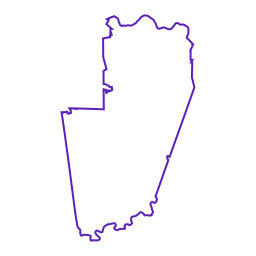 outline of Miguel Alemán, Tamaulipas, Mexico
{"feature_id": "50627088B85594866218636", "entity_name": "Miguel Alemán", "entity_type": "district", "adm_level": 2, "iso_a3": "MEX", "parent_name": "Mexico", "parent_adm1": "Tamaulipas", "projection": "natural_earth1", "projection_center": [-99.092, 26.233], "detail": "fine", "context": "isolated", "style": "outline", "palette": "violet", "viewbox_px": 256, "rotation_deg": 0, "n_neighbors": 0, "source": "geoboundaries", "source_scale": "gbopen_adm2", "svg_char_len": 5670}
<svg xmlns="http://www.w3.org/2000/svg" viewBox="0 0 256 256"><path d="M77.5,226.6L79.2,228.9L79.6,229.2L79.9,229.4L80.1,229.6L80.2,229.8L80.3,230.7L80.3,232.8L80.3,233.1L80.3,233.6L80.5,234.4L80.9,235.1L80.9,235.3L81.1,235.5L81.5,235.6L81.9,235.6L82.1,235.6L82.3,235.5L82.8,235.1L83.2,234.9L84.0,234.8L84.4,234.8L84.8,234.8L87.3,234.9L87.6,235.0L88.0,235.1L89.4,235.4L89.8,235.5L90.2,235.8L90.5,236.0L90.7,236.3L90.8,236.4L90.8,236.6L90.6,237.4L90.4,238.1L90.4,238.8L90.5,239.4L90.7,240.2L90.8,240.4L91.0,240.6L91.4,240.6L92.5,240.3L93.2,240.3L93.8,240.2L96.1,240.4L97.3,240.4L97.9,240.2L98.7,240.0L99.3,239.6L99.7,239.1L99.9,238.7L99.9,238.3L99.8,238.2L99.7,238.0L99.3,237.3L97.5,235.8L96.8,235.1L96.2,234.3L95.7,233.5L95.5,233.3L95.4,232.9L95.4,232.6L95.4,232.4L95.4,232.1L95.5,231.8L95.6,231.5L95.8,231.2L96.3,230.7L96.5,230.6L96.9,230.6L97.6,230.7L97.8,230.7L98.3,230.9L99.1,231.5L99.9,231.9L100.8,232.2L101.5,232.3L101.8,232.3L102.0,232.2L102.4,231.8L102.5,231.3L103.0,229.8L103.4,228.4L103.6,227.9L103.8,227.4L104.3,226.6L104.5,226.4L104.9,226.1L105.5,225.8L107.0,224.8L107.5,224.5L108.2,224.3L108.5,224.2L109.4,224.2L109.8,224.2L110.6,224.0L111.5,223.7L112.1,223.5L112.7,223.4L113.5,223.3L114.0,223.3L114.6,223.3L114.9,223.4L115.1,223.5L115.4,223.9L115.6,224.3L115.9,224.9L115.9,225.1L115.8,225.4L115.8,225.6L115.7,225.8L115.1,226.4L115.0,226.6L114.7,227.1L114.3,228.0L114.2,228.3L114.2,228.5L114.9,229.1L115.4,229.4L115.8,229.7L116.3,229.9L116.7,230.0L117.1,230.1L117.5,230.1L118.1,229.9L119.2,229.3L119.6,229.1L120.3,229.0L120.8,228.9L121.3,228.9L122.3,228.9L122.6,228.9L123.0,228.8L124.3,228.9L124.5,228.8L124.8,228.7L125.0,228.3L125.0,228.1L124.9,227.6L124.8,227.3L124.6,226.7L124.5,226.3L124.6,226.0L124.7,225.7L124.9,225.3L125.3,224.7L125.6,224.5L125.8,224.4L126.0,224.4L126.9,224.3L127.5,224.2L127.8,224.2L128.1,224.3L128.5,224.5L128.9,224.9L129.2,225.0L129.4,225.1L129.7,225.1L130.0,225.0L131.4,224.1L131.6,223.9L131.8,223.7L131.9,223.2L131.9,222.8L131.6,221.8L131.3,220.6L131.1,220.1L131.1,219.8L131.2,218.1L131.3,217.7L131.4,217.4L131.6,217.2L132.0,216.9L132.8,216.6L133.5,216.4L134.6,216.2L135.7,216.0L136.8,215.2L137.2,214.9L138.4,214.0L138.8,213.7L139.2,213.3L139.7,212.7L140.1,212.3L140.3,212.2L140.6,212.1L140.9,212.1L141.2,212.1L141.9,212.8L143.0,213.4L143.2,213.5L143.5,213.8L143.8,214.2L144.0,214.6L144.1,214.9L144.5,215.2L144.9,215.3L145.5,215.4L146.1,215.3L146.8,215.1L147.3,215.1L147.6,215.1L148.7,215.6L149.1,215.6L149.7,215.5L150.1,215.4L150.4,215.3L151.1,215.4L151.5,215.2L151.7,214.7L151.8,214.2L151.9,213.8L152.1,213.6L152.6,213.2L152.8,213.0L152.9,212.8L152.9,212.6L153.0,212.0L152.9,211.5L152.7,211.0L152.2,210.0L151.5,207.0L151.2,206.1L150.4,204.5L150.4,203.9L150.8,203.1L151.5,202.3L152.0,201.9L152.5,202.0L153.0,202.3L153.7,202.6L154.6,202.8L155.3,202.7L155.7,202.5L156.8,200.1L156.9,199.5L156.8,198.8L156.6,198.0L156.2,197.1L155.5,196.6L164.1,172.1L168.4,160.0L168.3,159.9L168.0,159.7L167.7,159.4L167.5,158.7L167.3,158.2L167.3,157.5L167.2,157.1L167.0,156.9L167.2,156.5L167.2,156.3L167.3,156.2L167.9,156.1L168.2,156.2L168.3,156.4L168.9,156.2L169.3,156.5L169.6,156.8L183.8,117.3L194.4,87.4L191.9,77.2L192.2,66.3L192.2,62.5L191.0,62.5L192.4,59.8L190.6,59.8L190.6,59.3L190.6,59.1L190.6,51.0L190.3,50.9L190.5,50.2L193.0,44.7L192.3,44.4L192.6,43.7L191.9,43.0L191.2,42.1L190.5,41.6L189.7,40.8L189.0,40.0L188.2,39.1L187.1,38.3L187.0,38.1L186.9,37.8L186.9,37.0L187.0,36.4L187.2,36.0L187.9,34.8L188.2,34.2L188.3,33.8L188.4,31.4L188.5,29.9L188.4,28.6L188.1,27.8L187.8,27.2L187.3,26.8L184.8,25.2L184.1,24.8L183.2,24.5L182.6,24.5L182.1,24.6L180.9,24.7L180.2,24.6L179.9,24.4L179.1,24.0L178.3,23.4L177.9,23.1L177.5,23.0L176.9,23.1L176.2,23.2L175.7,23.4L175.3,23.8L173.2,26.7L172.5,27.6L171.9,28.2L171.4,28.5L171.0,28.9L170.5,29.1L170.1,29.2L169.7,29.2L168.8,29.2L166.9,28.6L165.8,28.1L165.1,27.7L164.2,27.5L163.4,27.5L162.5,27.7L161.4,28.0L160.1,28.6L159.5,28.7L158.6,28.7L158.0,28.5L157.6,28.2L156.7,26.7L156.5,26.0L155.8,24.0L155.5,23.2L155.1,22.5L154.9,22.2L154.3,21.4L154.1,21.1L153.8,20.3L153.6,20.0L153.3,19.7L152.9,19.4L151.8,18.7L151.3,18.3L150.7,17.9L150.2,17.6L149.4,17.0L149.0,16.7L148.8,16.4L148.5,16.2L147.7,15.9L146.1,15.5L145.5,15.4L144.9,15.4L144.2,15.5L143.6,15.7L143.0,16.0L142.3,16.4L141.3,17.0L140.8,17.4L140.4,17.8L140.0,18.5L139.5,19.2L138.3,20.4L137.8,20.8L136.8,21.9L136.5,22.3L136.1,22.8L135.1,23.5L133.7,24.3L132.1,25.3L131.8,25.4L131.4,25.5L130.3,25.6L128.8,25.3L127.9,25.3L127.1,25.4L125.8,25.8L125.2,25.8L123.0,25.5L122.4,25.8L122.1,26.0L121.9,26.0L121.4,25.7L120.6,25.4L120.1,24.8L119.6,23.7L119.5,23.3L119.2,23.1L119.0,22.7L118.9,22.3L118.7,21.8L118.6,21.1L118.6,20.8L118.3,19.5L118.0,18.9L117.6,18.4L116.5,17.6L115.0,16.7L114.4,16.4L114.2,16.2L111.7,17.1L110.3,17.7L108.7,18.3L106.9,19.2L107.6,19.6L107.8,19.2L108.7,19.9L108.4,20.8L106.4,24.1L111.8,28.8L111.4,28.8L110.4,28.5L110.5,30.2L110.4,32.2L110.7,31.8L110.8,32.5L111.1,32.7L111.7,34.9L110.0,35.6L110.1,37.1L103.1,38.4L103.1,40.3L103.2,45.9L103.2,47.6L103.2,55.3L103.3,57.5L106.5,69.1L103.5,70.9L103.6,82.9L103.6,84.0L105.9,84.3L107.4,85.4L108.6,85.5L109.8,87.2L111.7,86.9L112.3,89.8L110.7,90.4L110.9,90.6L110.2,90.9L110.1,91.1L109.1,91.4L108.9,91.3L108.6,90.7L108.2,90.6L108.1,90.4L107.9,90.4L107.6,90.6L107.2,92.4L106.3,92.8L105.8,90.3L105.7,89.9L105.7,89.7L105.2,89.8L103.6,89.3L103.6,90.1L103.8,109.3L92.4,108.9L85.2,108.7L79.3,108.5L76.9,108.5L76.8,108.9L75.2,108.9L75.1,108.4L69.4,108.3L69.9,109.3L70.7,109.5L70.8,113.0L69.8,113.0L68.9,113.8L68.3,113.6L67.7,113.1L67.4,113.1L67.4,111.9L65.8,112.0L65.8,111.9L63.7,112.5L63.7,112.2L62.2,112.2L61.6,112.2L64.5,132.1L68.7,162.8L75.5,214.7L77.5,226.6Z" fill="none" stroke="#5b21b6" stroke-width="2"/></svg>